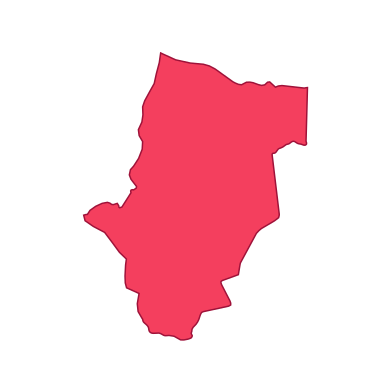 an SVG outline of Mandoul, rotated 206°
{"feature_id": "TCD-1488", "entity_name": "Mandoul", "entity_type": "Prefecture", "adm_level": 1, "iso_a3": "TCD", "parent_name": "Chad", "parent_adm1": "", "projection": "orthographic", "projection_center": [17.512, 8.727], "detail": "fine", "context": "isolated", "style": "filled", "palette": "rose", "viewbox_px": 384, "rotation_deg": 206, "n_neighbors": 0, "source": "natural_earth", "source_scale": "10m", "svg_char_len": 2355}
<svg xmlns="http://www.w3.org/2000/svg" viewBox="0 0 384 384"><g transform="rotate(206 192 192)"><path d="M281.1,303.2L264.7,303.6L250.2,307.1L237.8,311.8L231.7,312.9L225.2,312.7L203.7,309.0L200.9,308.9L197.5,309.1L194.5,310.1L191.2,314.5L188.2,316.1L185.0,317.0L179.4,317.6L176.2,318.3L173.6,320.2L172.2,323.8L170.4,325.0L163.0,322.8L160.9,325.1L157.8,327.1L136.7,334.6L134.2,336.4L134.0,336.5L111.8,287.7L111.2,287.0L110.7,286.5L110.3,285.8L110.1,285.1L110.5,284.0L111.2,283.5L112.1,283.1L114.9,282.8L117.4,282.1L118.3,282.0L119.3,282.0L121.2,282.3L122.1,282.3L123.0,282.1L123.6,281.7L124.2,281.1L124.6,280.5L125.7,278.3L126.2,277.6L127.9,276.2L128.4,275.5L129.9,272.6L130.8,271.4L131.8,270.2L132.4,269.7L132.9,269.1L133.3,268.4L133.5,267.5L134.0,264.6L134.3,263.8L134.8,263.2L135.4,262.7L136.1,262.4L136.5,261.8L136.5,260.9L103.8,210.2L103.3,208.9L102.9,206.9L105.2,202.3L113.6,189.6L114.9,186.7L116.0,183.1L117.4,149.6L117.1,148.1L114.1,138.0L125.9,125.8L126.7,124.3L126.2,123.1L124.7,121.6L110.1,110.7L108.5,109.1L107.7,107.4L109.0,105.5L129.3,89.5L130.5,88.1L130.7,86.7L130.6,84.7L130.0,80.4L130.0,77.7L130.4,74.9L131.7,70.8L131.8,69.0L131.6,67.8L131.2,67.1L130.9,65.3L130.7,64.5L130.1,64.0L128.9,63.1L128.6,62.3L128.6,61.4L128.8,60.5L129.7,59.4L131.1,58.0L134.3,55.6L136.1,54.7L137.5,54.1L144.7,54.5L145.6,54.3L149.8,53.0L152.0,51.7L152.9,51.2L153.9,50.9L154.8,50.8L157.7,51.0L159.5,50.8L160.1,50.6L160.5,50.4L164.5,48.2L166.0,47.6L166.9,47.5L167.8,47.5L168.7,47.8L169.4,48.2L169.9,48.7L170.4,49.3L171.3,50.6L171.8,51.1L172.4,51.7L173.8,52.4L175.3,52.9L176.5,53.2L178.1,53.7L178.9,54.1L179.5,54.6L180.9,56.3L181.3,56.4L188.0,60.9L192.2,67.6L195.1,77.6L208.8,77.2L212.1,81.0L215.4,87.2L219.7,97.3L221.6,103.0L230.6,105.9L242.4,112.1L252.8,117.4L265.6,117.8L275.5,119.3L279.2,123.7L277.4,125.3L276.2,126.0L275.6,130.8L272.3,136.9L267.8,142.4L263.5,145.6L260.9,146.0L258.7,145.6L257.0,146.3L254.2,149.0L251.9,147.6L251.0,146.3L250.1,146.1L248.4,147.8L246.5,164.5L247.2,165.5L247.6,166.1L247.5,167.2L246.3,168.1L245.4,168.3L244.6,169.7L243.8,171.1L244.3,172.7L246.8,173.9L252.4,176.7L255.8,179.9L257.1,185.1L255.8,189.7L254.7,198.8L255.5,208.6L258.5,215.7L264.2,219.5L267.5,224.5L267.7,232.9L269.9,239.8L273.7,246.9L274.5,253.2L274.0,264.1L273.5,272.9L275.9,282.7L278.1,293.9L281.1,303.2Z" fill="#f43f5e" stroke="#9f1239" stroke-width="1.5"/></g></svg>